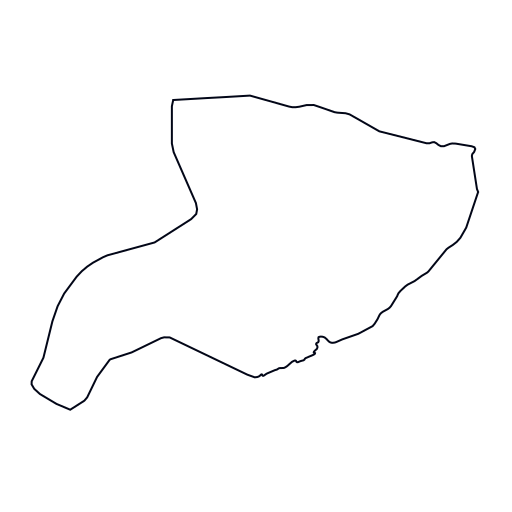 outline of Gedarif, rotated 272°
{"feature_id": "SDN-876", "entity_name": "Gedarif", "entity_type": "State", "adm_level": 1, "iso_a3": "SDN", "parent_name": "Sudan", "parent_adm1": "", "projection": "equal_earth", "projection_center": [34.825, 14.186], "detail": "fine", "context": "isolated", "style": "outline", "palette": "ink", "viewbox_px": 512, "rotation_deg": 272, "n_neighbors": 0, "source": "natural_earth", "source_scale": "10m", "svg_char_len": 2285}
<svg xmlns="http://www.w3.org/2000/svg" viewBox="0 0 512 512"><g transform="rotate(272 256 256)"><path d="M407.0,314.9L402.5,329.4L402.1,332.3L401.8,340.5L400.8,344.6L384.9,374.9L374.6,422.6L374.7,425.4L375.6,427.7L375.9,428.9L376.0,430.2L375.0,432.3L373.4,434.4L372.2,436.9L372.3,440.1L374.8,445.9L375.3,448.1L375.3,451.6L373.2,467.7L372.3,470.5L370.6,471.4L367.7,470.4L366.7,469.7L366.1,469.1L365.3,468.6L364.0,468.3L363.1,468.3L330.6,474.5L327.9,475.7L327.7,475.8L327.5,475.7L291.7,465.1L281.3,459.6L277.1,456.1L273.9,452.3L271.0,448.1L269.4,446.2L246.5,428.8L245.3,427.5L242.0,422.4L236.5,415.4L232.7,408.6L230.8,406.2L226.4,401.8L223.8,399.7L222.0,398.9L220.8,398.5L210.7,392.7L209.2,391.5L208.4,390.6L207.6,389.6L204.7,384.7L203.4,383.1L202.3,382.1L201.1,381.4L197.0,379.6L192.4,376.9L190.0,375.0L181.8,360.9L175.7,345.2L172.8,339.2L172.3,337.9L172.0,336.4L171.9,334.9L172.2,333.4L172.8,332.2L174.4,330.4L175.3,329.6L176.1,328.6L176.9,327.6L177.4,326.3L177.7,324.9L177.7,323.4L177.5,322.4L177.1,321.4L176.4,321.2L175.4,321.2L174.2,321.5L173.1,321.6L172.0,321.2L171.1,319.6L170.4,319.2L169.8,319.2L168.0,320.5L166.7,320.6L165.3,320.1L163.4,318.1L162.3,317.2L161.6,317.1L161.0,318.4L160.4,318.3L159.4,317.1L155.7,309.2L155.0,308.4L154.1,308.0L153.4,307.1L153.0,305.7L152.4,303.9L151.3,301.5L151.3,300.7L151.7,300.1L152.3,299.8L152.6,299.6L152.9,299.2L152.9,298.4L152.5,297.5L151.5,295.7L146.9,290.8L145.8,289.2L145.1,287.8L145.0,286.8L144.8,283.9L144.7,283.2L144.5,282.7L143.2,280.8L142.6,278.9L139.1,271.4L138.6,270.5L136.8,268.1L136.5,267.4L136.6,266.8L136.9,266.5L137.7,266.2L137.9,265.9L137.8,265.4L137.2,264.7L136.5,264.1L135.7,263.0L135.1,261.5L134.7,259.0L137.1,251.5L171.6,172.6L171.5,167.0L170.6,164.0L155.3,135.1L147.8,114.4L147.5,113.9L147.2,113.4L129.6,101.4L108.8,92.2L105.4,89.5L95.9,75.7L101.2,61.8L110.5,44.9L115.5,39.0L119.9,36.2L123.0,36.2L146.9,47.1L183.6,54.8L198.9,59.5L211.8,65.6L229.1,77.5L234.8,82.5L239.5,87.7L243.6,93.3L249.4,103.1L251.5,107.5L266.0,154.2L290.6,189.9L295.9,194.8L300.6,195.5L306.8,194.1L356.9,170.1L365.5,168.0L402.7,166.7L408.9,167.8L409.0,167.8L410.3,181.8L412.0,199.9L413.6,217.8L416.1,244.4L406.5,283.8L406.0,286.9L406.1,290.5L406.7,294.1L408.6,301.3L408.9,308.5L407.0,314.9Z" fill="none" stroke="#020617" stroke-width="2"/></g></svg>